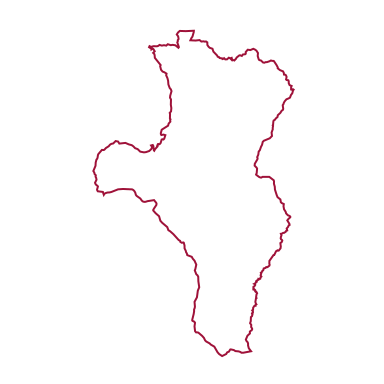 outline of Junín, Cundinamarca, Colombia, rotated 5°
{"feature_id": "7082276B29638649258837", "entity_name": "Junín", "entity_type": "district", "adm_level": 2, "iso_a3": "COL", "parent_name": "Colombia", "parent_adm1": "Cundinamarca", "projection": "mercator", "projection_center": [-73.696, 4.691], "detail": "fine", "context": "isolated", "style": "outline", "palette": "rose", "viewbox_px": 384, "rotation_deg": 5, "n_neighbors": 0, "source": "geoboundaries", "source_scale": "gbopen_adm2", "svg_char_len": 5983}
<svg xmlns="http://www.w3.org/2000/svg" viewBox="0 0 384 384"><g transform="rotate(5 192 192)"><path d="M284.3,81.2L283.6,80.8L282.4,81.4L281.8,81.3L281.6,79.0L282.0,77.7L279.9,77.0L278.9,75.2L278.7,73.2L278.2,72.3L276.6,72.2L275.9,71.7L276.2,69.1L275.5,67.7L274.9,67.1L273.4,67.0L273.1,65.4L272.2,63.9L269.0,62.9L266.6,61.3L266.6,60.4L265.1,58.1L262.3,54.6L261.9,54.3L260.4,54.4L259.2,54.1L257.8,55.0L255.3,56.1L254.1,56.2L252.8,56.9L251.5,56.8L249.3,55.0L247.5,54.7L246.8,53.8L245.6,50.8L245.6,47.8L243.9,45.6L242.5,44.7L240.6,44.0L237.8,45.5L235.1,45.4L233.3,47.9L233.5,49.5L233.0,50.1L230.7,50.6L229.8,52.1L228.0,51.6L227.2,51.8L224.8,54.1L223.8,56.2L223.8,55.9L222.9,57.1L222.7,56.9L221.3,57.2L220.1,55.9L219.8,54.9L218.9,55.3L219.1,56.1L218.4,55.5L217.0,55.0L215.3,56.8L213.6,57.0L212.3,55.9L211.8,56.5L210.8,56.9L210.5,56.3L207.8,56.1L207.4,55.4L205.8,55.0L205.2,53.9L201.1,50.3L199.9,47.5L197.1,46.8L195.8,45.8L194.5,44.2L194.2,41.6L192.8,40.8L191.7,41.1L190.3,40.9L188.2,41.3L186.3,40.0L182.4,40.8L177.2,41.0L178.0,38.7L178.9,37.2L179.8,32.6L179.8,31.2L171.7,32.3L165.8,32.6L164.2,34.3L163.1,36.4L164.6,38.1L165.2,40.2L165.2,41.1L164.6,41.9L164.7,43.2L164.3,44.2L166.3,48.8L165.9,49.5L162.7,47.3L159.9,47.1L158.1,47.6L155.0,46.9L153.6,48.4L151.3,48.2L149.2,48.8L146.8,48.3L145.8,49.3L144.4,49.9L140.9,50.1L138.6,51.0L137.0,50.4L136.6,51.5L139.1,52.8L139.2,53.5L140.3,52.6L141.1,53.0L142.6,55.1L141.2,56.8L142.4,57.8L142.8,58.8L143.3,61.6L149.7,68.3L149.3,69.4L150.5,72.9L152.2,74.6L154.0,75.1L156.3,76.3L156.1,78.0L157.6,80.7L158.5,83.2L159.1,86.9L160.7,90.3L162.0,91.6L162.8,93.3L161.9,98.0L161.9,100.0L163.0,101.6L163.3,106.9L164.1,110.2L164.1,113.5L162.9,115.2L163.3,115.9L163.6,120.7L164.2,121.4L163.9,121.9L164.3,123.8L162.8,125.8L162.4,128.0L156.4,132.6L155.8,136.1L156.0,137.2L156.5,137.9L158.6,137.3L160.5,137.7L159.7,141.3L159.0,142.2L158.0,142.0L157.2,142.4L156.5,145.9L155.8,146.9L155.2,147.3L154.3,147.1L153.8,147.3L153.4,148.7L153.8,148.7L153.7,149.6L151.5,152.5L150.8,154.2L150.4,153.9L149.5,149.6L148.8,148.6L147.2,149.2L148.1,150.3L148.3,151.2L147.6,152.9L145.8,154.9L142.6,156.3L140.7,156.7L136.9,156.3L134.1,154.0L131.5,153.3L129.7,151.7L127.9,150.6L125.0,150.1L121.4,148.9L115.4,150.1L114.0,148.2L111.5,147.9L109.3,150.5L107.4,151.1L106.2,152.0L105.0,153.7L102.4,155.7L101.1,157.4L100.4,157.9L98.6,157.9L95.4,162.4L95.1,163.3L94.9,166.2L94.6,167.2L94.0,168.0L93.5,170.9L93.6,174.3L91.9,179.7L93.0,181.2L93.4,182.6L94.7,183.7L94.6,185.2L95.3,186.3L95.8,188.1L94.6,191.3L95.5,192.9L97.4,194.2L97.8,194.7L97.2,197.8L97.4,198.5L98.1,199.5L103.2,199.7L104.4,202.5L105.0,201.3L106.1,200.6L107.8,199.9L109.9,199.6L111.7,199.0L118.1,195.8L123.0,195.0L132.1,194.6L133.3,195.1L134.4,196.0L135.5,197.5L136.3,199.7L137.2,200.7L141.1,203.0L142.8,205.0L143.8,205.7L145.2,206.0L146.6,205.8L148.5,205.0L154.9,203.4L157.3,205.9L157.7,206.8L157.6,208.1L155.5,211.9L154.9,213.4L155.1,213.9L157.6,216.3L161.3,219.0L163.0,223.4L164.9,225.2L170.4,229.1L171.8,232.1L173.6,233.0L177.1,235.6L182.9,241.0L184.4,241.7L184.8,242.8L186.4,243.5L187.6,243.0L188.2,243.2L189.2,245.9L189.5,248.8L190.9,251.1L191.4,252.6L192.2,253.6L192.8,255.3L197.4,256.6L198.6,258.4L200.5,260.2L202.6,264.0L202.0,268.7L201.6,269.8L203.4,273.5L204.8,274.6L205.6,275.9L206.1,280.3L207.5,286.3L206.4,289.8L206.1,296.5L204.1,301.2L204.9,305.9L204.8,307.3L204.3,308.9L204.5,310.6L204.3,313.4L203.4,319.1L203.4,319.9L203.7,320.3L205.6,321.0L206.4,322.0L206.2,325.6L207.2,330.4L208.3,331.5L210.1,331.4L210.8,331.7L214.7,334.5L216.6,336.3L218.0,338.7L219.2,339.7L222.8,341.3L223.9,342.3L227.7,344.1L231.4,349.4L233.2,351.1L236.3,352.8L240.2,350.4L241.0,348.7L242.7,347.8L243.8,345.6L244.3,345.4L247.4,345.8L249.1,346.7L252.3,346.7L254.3,347.2L255.2,347.8L256.9,347.7L264.7,345.5L262.2,342.7L261.2,339.9L261.1,338.2L260.6,336.9L259.3,335.7L258.5,334.3L259.8,330.3L262.0,327.9L261.8,326.1L262.5,325.2L263.4,324.7L263.9,323.6L263.8,322.8L262.7,321.4L262.6,319.2L261.3,317.6L261.8,315.6L261.6,311.5L262.6,310.4L262.9,308.6L262.3,308.0L262.4,307.5L263.2,306.9L263.1,305.7L262.3,304.7L263.1,304.1L263.0,302.0L264.0,300.1L264.5,299.7L265.2,299.8L265.3,298.7L265.9,298.3L265.3,297.5L264.7,296.0L265.0,292.4L265.5,292.0L265.0,291.2L265.2,288.2L265.7,287.2L264.9,286.0L264.2,286.0L263.6,285.4L263.8,284.7L263.5,284.2L262.8,283.7L262.4,284.0L261.7,283.8L262.0,283.0L261.5,282.6L261.5,281.0L262.3,280.6L263.1,279.1L263.0,278.6L262.0,278.1L263.1,277.4L263.4,276.6L264.2,275.9L263.7,275.4L263.8,275.0L264.7,274.4L264.9,274.0L265.8,273.7L265.7,272.7L267.2,272.7L267.6,272.4L267.7,271.1L268.5,270.2L267.6,269.0L268.1,267.2L267.6,266.5L268.9,265.2L268.9,264.5L269.8,263.7L270.1,261.9L271.9,261.2L272.5,260.3L273.7,260.3L275.5,258.6L275.7,257.8L275.3,256.7L275.1,253.9L278.7,247.7L279.4,247.6L280.9,243.7L282.2,242.7L282.6,243.0L283.5,242.8L285.1,240.4L285.2,238.5L284.5,235.4L284.6,234.9L285.6,234.3L286.2,232.6L285.7,231.8L284.9,231.4L284.4,230.5L284.5,229.0L284.9,227.4L284.2,225.9L285.1,225.7L286.3,224.8L287.2,224.7L288.8,223.5L289.2,222.5L290.2,222.0L289.5,220.1L290.8,218.3L291.2,216.9L292.1,216.3L291.8,215.2L289.4,212.0L290.2,210.7L292.1,208.6L292.1,208.1L291.4,207.4L289.5,206.8L287.6,205.1L287.0,203.5L285.2,201.2L284.4,198.2L284.5,196.0L282.4,195.2L281.4,194.4L280.7,191.7L277.7,189.7L276.7,187.8L274.4,182.3L274.0,179.5L272.9,176.6L272.8,174.4L272.4,173.2L267.7,170.2L260.9,170.8L259.8,171.6L258.9,171.6L257.6,171.2L254.5,169.3L254.3,169.0L254.8,167.5L254.8,163.0L254.2,162.1L252.1,160.3L252.1,158.4L254.3,153.7L254.4,152.6L253.9,151.6L254.8,149.0L254.9,145.9L255.9,144.5L256.8,141.0L257.7,138.8L258.1,135.9L259.1,134.7L264.8,131.7L266.8,129.2L266.1,125.8L267.0,122.4L266.8,121.2L267.0,119.1L266.6,118.6L266.9,117.9L266.9,114.7L267.1,113.7L268.4,112.7L269.0,111.5L270.6,109.9L270.8,108.0L273.1,105.5L274.2,103.3L275.5,102.1L275.6,101.1L274.8,97.6L275.4,96.6L275.7,95.2L276.4,93.6L278.0,91.4L280.0,90.4L281.4,89.4L282.1,86.8L283.3,84.9L283.8,82.0L284.3,81.2Z" fill="none" stroke="#9f1239" stroke-width="2"/></g></svg>